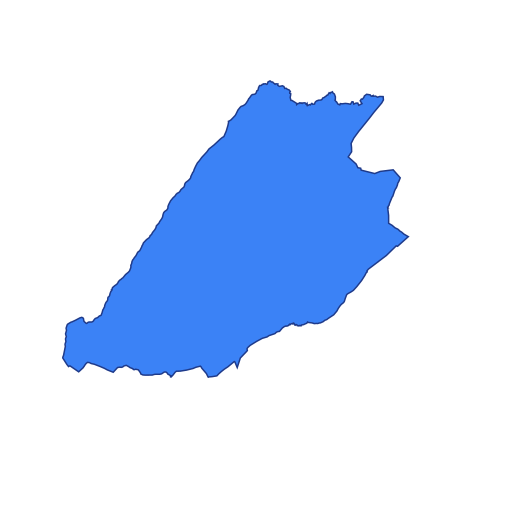 Mkalama, Singida, United Republic of Tanzania, rotated 39°
{"feature_id": "72390352B53166842903656", "entity_name": "Mkalama", "entity_type": "district", "adm_level": 2, "iso_a3": "TZA", "parent_name": "United Republic of Tanzania", "parent_adm1": "Singida", "projection": "robinson", "projection_center": [34.654, -4.212], "detail": "fine", "context": "isolated", "style": "filled", "palette": "blue", "viewbox_px": 512, "rotation_deg": 39, "n_neighbors": 0, "source": "geoboundaries", "source_scale": "gbopen_adm2", "svg_char_len": 6107}
<svg xmlns="http://www.w3.org/2000/svg" viewBox="0 0 512 512"><g transform="rotate(39 256 256)"><path d="M256.8,54.5L254.5,52.1L251.8,54.1L250.5,56.1L248.3,56.5L246.4,58.2L246.0,57.6L245.1,59.2L244.3,59.2L243.3,58.9L240.2,60.7L239.5,63.5L240.0,64.8L240.0,67.2L239.1,67.7L239.3,69.8L242.5,70.9L241.0,74.2L238.9,73.1L237.5,74.2L236.4,76.4L234.4,75.1L233.5,75.7L233.9,78.6L231.4,79.9L229.4,81.2L227.1,83.6L225.6,84.5L226.0,85.8L224.0,86.4L221.6,85.5L221.4,85.7L219.3,85.2L219.2,84.5L217.5,82.3L215.0,80.8L212.7,80.8L212.1,80.3L211.5,81.6L211.3,81.6L211.0,82.5L211.2,83.0L210.1,83.1L210.5,85.8L210.1,86.1L209.8,86.9L209.9,87.6L209.4,88.8L209.4,89.7L209.0,90.2L208.4,91.3L208.8,92.8L208.4,93.4L208.4,93.9L206.3,95.8L206.3,96.2L205.5,97.3L205.2,98.8L205.4,100.0L205.9,101.1L204.6,102.4L203.8,102.2L203.4,102.2L203.1,104.3L202.8,104.2L202.3,104.7L201.3,106.8L200.1,105.7L200.3,106.5L199.6,106.3L199.4,106.5L199.1,106.1L198.4,105.9L197.2,106.5L195.8,107.9L195.8,108.3L195.3,108.3L195.1,108.8L194.7,109.0L194.6,108.8L193.5,109.5L193.4,110.5L192.7,110.9L192.3,112.7L191.6,111.9L190.7,111.9L186.0,112.5L185.2,113.1L182.8,111.3L181.5,108.9L180.7,107.9L179.8,108.3L179.1,107.5L179.1,106.5L177.3,106.1L175.4,106.7L173.8,106.7L172.9,107.7L171.0,106.7L169.4,107.1L167.4,109.5L165.5,109.7L164.8,108.5L163.0,109.7L162.8,110.5L160.4,110.5L159.5,110.3L158.4,111.1L157.5,111.0L156.7,111.1L155.8,113.1L156.5,115.2L156.4,115.8L154.9,116.2L154.1,117.1L153.6,117.4L153.6,117.9L153.3,118.1L152.7,118.0L153.0,118.2L152.8,119.0L152.9,119.9L152.6,120.4L151.7,121.0L151.6,121.8L152.0,123.5L153.0,125.5L153.1,126.3L152.7,127.0L153.5,129.4L153.4,130.5L153.0,131.3L151.5,132.9L151.3,133.8L151.3,134.7L151.5,137.3L151.4,138.5L151.8,140.0L152.2,143.7L152.1,145.3L151.4,147.3L150.3,149.1L150.1,150.5L150.1,153.8L151.1,158.1L151.4,159.9L150.9,166.0L150.3,167.8L149.8,168.7L150.7,169.6L152.1,172.4L154.3,177.7L155.9,183.5L155.3,184.8L154.7,187.5L153.5,196.1L152.1,202.4L152.3,206.0L151.8,213.6L152.0,217.6L151.9,220.6L152.6,224.2L153.5,227.7L154.3,229.6L154.3,231.1L154.6,232.0L155.3,235.1L156.0,236.4L156.1,237.9L155.9,239.8L155.1,243.3L155.4,245.0L156.1,246.2L156.6,247.7L155.9,251.6L156.2,253.7L156.1,255.2L155.3,256.8L155.3,257.5L155.1,258.1L155.3,260.4L154.9,263.0L154.9,266.9L155.7,270.8L156.4,272.9L157.3,274.1L157.6,275.1L157.7,276.5L157.0,278.9L157.0,280.4L157.6,282.1L158.9,284.6L159.3,286.5L159.5,289.9L159.9,291.4L159.6,295.3L160.4,296.9L160.8,299.0L160.8,302.8L161.3,305.2L161.0,306.1L160.9,306.9L161.3,307.6L161.4,309.2L160.6,312.2L160.3,316.1L160.3,316.9L160.9,318.5L160.9,319.4L161.5,321.1L162.2,324.4L162.3,325.3L161.8,326.8L161.8,327.9L162.5,331.2L162.5,334.0L162.7,335.1L162.7,336.7L163.1,338.3L164.1,340.1L164.6,342.0L165.4,342.9L166.1,344.0L167.1,347.2L167.0,349.1L166.3,352.5L166.3,356.6L165.8,358.4L165.8,359.2L165.3,360.5L165.2,362.6L165.5,363.2L165.6,365.6L164.9,367.9L164.4,370.7L164.6,371.6L165.4,372.9L165.0,373.3L165.5,373.8L165.6,375.2L166.2,377.0L167.1,378.9L167.3,380.0L167.0,381.1L167.3,381.9L168.4,383.5L168.7,385.1L168.6,386.3L168.9,387.6L169.5,389.5L170.4,391.0L170.4,391.7L170.8,393.2L170.9,394.3L172.1,397.0L172.9,399.5L172.7,400.1L172.1,401.0L171.9,401.7L171.7,403.5L170.4,405.7L170.3,407.4L170.5,408.7L170.4,409.6L169.8,410.8L167.9,412.3L167.3,413.0L166.9,414.7L166.5,415.2L163.6,415.1L162.1,414.0L161.6,413.4L160.7,413.0L159.9,413.1L159.1,413.4L158.1,414.9L156.1,419.6L154.5,422.9L153.8,423.9L152.5,427.6L152.6,428.4L153.7,431.3L154.1,431.9L155.3,432.8L155.7,433.4L157.0,436.4L159.4,438.1L159.9,439.9L160.4,440.6L162.1,442.1L162.9,444.3L163.4,445.1L164.7,446.2L168.9,454.2L169.6,456.3L170.1,456.9L177.3,459.3L179.9,459.9L180.3,458.8L180.9,458.4L191.1,457.6L191.9,452.2L192.0,451.3L191.8,450.6L191.9,450.1L191.7,448.9L191.6,446.4L192.0,444.7L193.6,443.7L195.6,443.3L198.4,441.9L204.6,439.9L208.9,438.7L212.1,438.1L218.2,436.2L218.6,429.8L220.0,428.2L221.4,427.3L222.2,426.2L222.6,424.5L224.0,422.6L226.7,422.1L228.4,422.0L231.2,421.1L232.0,421.4L232.8,421.1L233.8,419.7L236.2,418.5L239.7,419.5L240.8,420.2L243.0,419.6L245.0,418.2L250.3,413.8L251.5,412.0L252.4,411.1L255.6,408.5L256.8,407.0L257.7,404.0L258.5,403.2L259.3,402.8L260.4,402.8L261.9,403.3L264.0,402.8L264.6,403.0L265.3,402.6L265.3,403.2L265.7,403.7L266.2,403.4L266.4,400.6L266.3,397.3L266.6,395.7L269.6,393.1L273.8,388.4L277.9,383.0L279.3,380.3L282.1,376.6L283.0,376.7L284.5,377.3L291.5,378.6L294.9,380.2L295.2,380.2L295.5,379.6L297.8,377.4L301.0,373.8L301.2,371.1L301.8,367.5L302.6,363.9L303.9,359.8L305.5,351.7L306.2,351.6L311.6,354.5L308.0,345.1L308.8,335.6L308.7,334.8L307.5,333.9L307.3,333.3L307.2,332.4L307.7,329.1L310.2,322.0L312.7,316.0L315.6,311.8L316.2,309.7L319.3,304.8L319.6,304.2L319.8,302.4L320.5,301.1L321.7,299.8L321.8,295.0L322.1,294.4L322.4,293.1L323.3,291.6L324.1,291.1L324.9,289.8L325.0,288.0L325.7,288.1L325.9,286.7L326.2,286.2L327.0,285.9L326.9,285.4L327.2,284.7L327.4,284.5L327.8,284.9L328.2,284.6L328.5,285.0L329.5,285.2L329.7,284.6L330.3,284.1L330.5,284.4L330.8,283.8L331.8,283.9L332.0,284.1L333.4,283.3L333.5,283.1L333.2,283.0L333.4,282.7L334.3,282.4L334.8,281.9L334.5,281.8L334.7,281.1L336.3,279.2L336.5,278.6L337.7,276.4L337.8,275.7L337.6,274.9L338.5,274.7L341.7,272.7L343.8,271.9L345.6,270.2L346.4,269.7L347.4,268.2L348.1,267.5L349.5,264.8L350.0,262.5L351.0,260.9L351.4,259.1L353.4,252.8L353.5,247.9L352.9,244.8L352.7,242.3L352.7,240.1L353.3,237.4L353.3,235.9L352.0,232.6L350.8,229.0L351.0,227.7L352.5,224.0L353.3,221.4L353.6,216.3L353.5,208.6L352.8,202.5L352.2,199.7L352.4,198.3L351.6,197.8L351.6,195.5L357.0,173.5L358.6,159.9L359.9,159.4L362.2,145.1L357.1,145.9L354.2,145.8L351.8,146.1L350.6,145.9L349.3,145.9L346.4,146.6L342.5,146.5L338.5,147.1L333.5,141.0L327.8,135.5L328.0,135.4L327.7,135.3L327.7,134.4L327.4,133.8L327.5,133.0L326.7,131.3L324.7,124.6L324.7,123.5L322.7,118.2L322.2,116.2L322.1,114.6L321.2,111.8L320.4,110.3L320.1,108.3L318.9,104.5L308.4,102.7L299.3,112.1L296.4,117.2L283.7,123.1L282.1,121.9L279.6,123.3L275.9,121.5L265.3,121.0L264.7,114.8L262.0,111.6L259.1,108.7L257.8,102.8L257.4,94.7L257.4,78.6L257.2,70.1L257.4,58.0L256.8,54.5Z" fill="#3b82f6" stroke="#1e3a8a" stroke-width="1.5"/></g></svg>